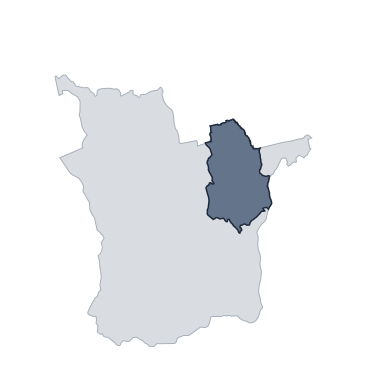 location of Bandundu within Democratic Republic of the Congo, rotated 167°
{"feature_id": "COD-1871", "entity_name": "Bandundu", "entity_type": "Province", "adm_level": 1, "iso_a3": "COD", "parent_name": "Democratic Republic of the Congo", "parent_adm1": "", "projection": "robinson", "projection_center": [18.46, -4.427], "detail": "fine", "context": "in_parent", "style": "filled", "palette": "slate", "viewbox_px": 384, "rotation_deg": 167, "n_neighbors": 0, "source": "natural_earth", "source_scale": "10m", "svg_char_len": 9439}
<svg xmlns="http://www.w3.org/2000/svg" viewBox="0 0 384 384"><g transform="rotate(167 192 192)"><path d="M313.2,255.1L288.2,259.6L288.7,261.2L288.5,262.9L287.8,264.2L285.3,267.7L281.5,270.9L281.5,271.7L283.3,275.3L284.5,280.2L284.1,288.9L284.6,291.2L284.5,293.0L283.2,295.1L280.6,305.5L282.2,310.5L287.1,315.3L290.0,318.8L294.8,320.0L295.6,319.8L295.9,316.9L299.8,315.8L299.6,334.4L299.3,335.4L298.6,335.7L297.7,335.1L297.4,333.3L296.4,332.5L291.6,334.8L290.4,334.8L289.1,334.4L288.2,333.4L287.9,332.0L284.6,326.6L283.0,326.2L281.2,321.3L273.8,317.8L270.9,317.5L269.4,316.4L268.0,312.6L265.5,310.1L265.0,307.4L264.5,307.0L263.0,307.5L261.6,311.9L259.9,312.9L256.9,313.0L249.2,311.7L243.8,309.5L242.3,309.6L240.2,307.6L239.3,304.3L239.8,301.7L239.4,301.4L231.0,303.5L229.0,304.8L227.1,304.5L226.5,303.8L227.4,302.0L227.0,300.1L226.4,299.2L223.9,298.5L223.1,296.4L221.6,296.1L221.1,296.4L220.7,297.8L219.8,298.3L214.9,297.6L209.6,299.4L202.7,299.0L199.4,301.1L198.9,301.1L198.2,300.0L197.6,296.5L197.9,295.5L198.9,294.8L199.3,293.4L199.0,289.7L199.3,288.9L198.9,286.8L197.9,283.4L196.4,280.7L193.3,276.6L192.7,274.7L192.9,270.1L194.0,262.8L193.9,257.4L192.6,253.9L192.3,250.1L193.2,243.3L192.4,241.7L176.5,241.1L175.9,240.6L175.6,239.7L176.3,235.6L166.6,236.6L163.7,237.4L162.0,239.1L161.4,241.1L161.3,244.1L159.8,246.9L159.4,251.7L156.8,252.2L154.1,252.2L148.9,251.2L143.9,252.5L141.5,253.8L140.2,253.2L135.7,253.7L135.1,253.3L130.0,243.9L127.7,240.8L127.2,239.3L127.4,237.8L126.8,235.8L124.4,231.0L123.9,228.8L124.0,225.2L123.8,224.1L121.6,221.0L120.2,220.0L118.6,219.5L92.7,219.9L84.2,219.3L77.9,219.7L74.8,219.5L73.9,219.0L71.0,219.7L69.5,220.9L67.3,221.6L65.9,221.3L63.2,217.8L66.9,217.2L67.1,216.9L67.4,208.5L66.4,207.3L68.3,205.9L71.5,202.2L74.6,200.9L75.0,200.1L75.6,200.2L76.8,201.7L79.4,203.7L82.7,202.0L83.1,201.5L83.5,197.9L84.3,197.6L85.7,198.3L86.5,198.3L87.9,197.3L92.1,195.5L93.4,197.8L92.2,199.9L92.7,201.4L92.9,203.6L93.5,204.2L96.9,204.4L97.8,203.9L104.4,195.6L106.1,194.7L108.9,191.4L112.6,189.9L114.2,187.3L116.3,182.7L117.2,176.1L116.9,164.6L117.2,163.0L121.6,157.8L126.2,148.4L129.3,146.0L131.6,145.0L135.2,141.5L138.0,138.1L137.6,133.9L138.3,130.5L139.8,126.1L140.3,121.4L139.8,116.5L140.0,112.5L142.1,106.2L142.3,98.8L144.2,92.7L148.0,84.9L149.7,79.1L149.4,73.3L149.9,69.1L149.7,66.6L149.0,64.5L149.4,63.1L150.8,62.6L152.6,60.4L155.8,54.8L159.2,52.0L161.6,51.2L164.1,51.2L165.7,51.7L168.4,54.0L171.4,55.7L173.7,57.9L175.9,61.3L181.3,62.1L183.6,63.3L185.0,63.8L185.5,63.5L186.6,63.6L189.1,64.7L191.2,64.1L201.1,66.4L202.2,65.2L205.0,59.4L207.1,57.3L210.4,57.1L213.1,58.3L214.5,58.3L226.7,53.2L228.3,53.0L232.7,54.2L235.6,53.4L236.8,53.6L239.3,52.7L241.3,49.2L243.0,48.3L260.5,52.1L263.2,50.3L264.4,50.1L268.3,51.4L269.5,53.6L271.9,55.5L273.6,58.5L276.2,60.3L277.5,61.9L279.0,63.1L282.2,63.5L286.3,60.7L289.1,61.0L292.0,62.5L293.0,62.4L295.1,60.8L296.3,59.0L297.4,58.7L299.1,59.4L300.5,61.1L301.7,63.4L306.1,68.7L310.3,70.9L311.4,74.2L312.9,73.9L313.7,74.2L314.8,76.2L315.6,76.6L315.7,77.5L314.7,79.4L313.7,83.1L315.0,85.4L313.9,88.7L313.4,92.1L314.8,92.9L316.5,92.9L318.2,94.6L319.4,94.9L320.8,96.8L320.5,98.4L316.3,103.9L310.1,110.7L307.9,111.5L306.8,112.8L306.1,114.8L304.2,116.4L302.8,117.1L302.7,122.0L300.6,127.1L299.8,128.2L298.7,136.4L298.9,137.9L297.7,144.6L297.9,150.9L294.8,152.9L292.7,156.0L291.8,158.2L291.8,163.3L288.4,166.4L288.1,167.1L289.0,170.7L290.2,171.3L290.2,172.5L293.0,176.4L292.8,188.4L293.0,189.5L294.4,192.4L295.4,197.8L294.3,204.7L298.1,217.3L296.3,221.9L297.1,226.3L299.3,231.0L304.7,235.6L306.1,237.4L307.4,240.0L308.7,243.9L313.2,255.1Z" fill="#d9dde1" stroke="#a8b0b8" stroke-width="1"/><path d="M116.9,175.2L116.7,173.8L116.7,173.6L117.1,172.3L117.4,170.0L116.9,166.3L116.9,165.6L116.8,165.4L116.7,165.2L116.7,164.9L116.9,164.0L116.8,163.4L116.9,163.1L117.1,162.8L117.4,162.3L118.1,161.6L118.9,160.8L119.5,160.3L120.7,159.0L121.2,158.6L121.4,158.1L121.8,158.7L122.3,159.3L122.6,160.1L122.8,160.2L123.0,160.3L126.3,160.3L126.5,160.2L126.4,158.6L126.2,158.3L125.4,157.9L125.3,157.7L125.3,157.4L125.4,157.1L125.8,157.1L127.8,157.4L128.4,157.4L128.9,157.3L130.3,156.1L134.9,153.0L135.6,152.7L137.0,152.2L138.2,151.4L138.7,151.3L139.9,151.0L140.4,150.7L141.6,149.7L142.3,148.9L142.8,148.2L143.3,147.2L143.5,147.0L143.9,147.0L146.1,147.4L146.2,147.5L147.1,148.4L147.3,148.6L147.8,148.9L148.4,149.0L149.2,149.0L149.9,148.7L150.6,148.5L151.7,148.6L152.3,148.5L152.5,148.2L152.8,147.7L153.1,147.4L153.2,147.2L153.0,146.6L152.4,145.9L152.1,145.3L152.1,145.0L152.1,144.3L152.1,143.9L152.3,143.6L152.4,143.4L153.3,143.0L154.0,142.4L154.2,142.1L154.5,141.3L154.6,141.1L154.9,141.2L155.2,141.5L155.5,142.0L155.7,142.8L155.7,143.5L155.9,144.7L156.0,144.9L156.9,146.3L157.2,147.0L157.7,147.9L158.8,149.2L159.2,149.9L159.8,151.6L160.5,152.7L161.3,154.1L161.4,154.5L161.7,156.0L161.8,156.8L161.9,157.0L162.2,157.1L162.9,157.2L163.0,157.1L163.3,156.9L164.0,155.7L164.3,155.4L164.4,155.2L164.7,155.2L165.0,155.3L165.6,155.8L165.9,156.1L166.0,156.3L166.2,157.0L166.9,158.8L167.1,159.2L167.3,159.3L168.4,159.5L169.7,159.4L170.9,159.5L171.3,159.8L171.8,160.2L172.0,160.7L172.2,160.8L172.9,161.0L173.8,161.5L174.1,161.6L174.4,161.6L174.6,161.5L175.6,160.9L176.1,160.8L176.9,160.9L177.1,160.9L177.3,160.6L177.5,160.5L181.7,166.0L181.9,166.6L182.0,167.8L181.5,168.9L181.4,169.1L181.3,169.7L181.3,170.3L181.2,170.8L180.9,171.4L180.2,172.2L179.7,173.0L177.3,179.9L177.2,180.6L177.0,183.4L177.3,187.0L177.3,188.9L177.4,189.7L177.5,192.4L177.4,192.9L177.3,193.2L177.1,193.3L176.8,193.7L176.5,194.1L175.9,194.4L175.3,194.7L174.6,194.8L174.4,194.9L174.3,195.2L174.2,195.2L173.7,195.2L173.4,195.4L173.3,195.7L173.2,196.0L173.2,196.5L173.0,196.9L172.9,196.9L172.6,196.8L172.1,196.9L171.7,196.7L171.4,196.0L171.1,195.8L170.9,196.0L170.6,195.7L170.2,195.2L169.8,195.1L169.0,195.1L168.9,195.3L168.8,195.6L168.9,196.3L169.2,196.7L169.5,197.5L169.6,198.1L169.9,198.4L170.0,198.5L169.8,199.1L169.4,199.4L169.2,200.0L169.2,201.1L169.1,201.5L169.1,202.1L169.1,202.6L169.2,202.8L169.5,203.3L169.6,203.8L169.7,204.1L169.9,205.3L170.3,206.0L170.3,206.6L170.3,206.8L170.6,207.3L170.9,208.6L171.0,210.3L170.9,210.5L170.7,210.6L170.6,211.1L170.4,211.5L170.4,211.8L170.4,214.7L170.7,215.6L170.8,216.2L170.7,216.6L170.6,216.9L170.6,217.4L170.5,217.7L170.4,218.0L170.0,218.4L169.8,219.1L169.5,219.3L169.1,219.5L168.8,220.1L168.7,220.6L168.3,221.0L167.8,221.4L167.5,221.3L167.3,221.4L167.1,221.7L166.8,221.6L166.6,221.9L166.2,222.0L165.8,222.6L165.5,222.7L165.3,222.9L164.8,223.2L164.5,223.7L164.3,223.9L164.2,224.4L164.7,230.0L164.9,230.6L165.7,232.0L167.2,234.1L167.4,234.5L167.7,235.4L167.8,236.9L161.9,236.9L162.2,237.7L162.1,237.9L161.5,238.7L161.4,239.2L161.3,241.7L161.4,242.7L161.8,243.7L161.8,244.2L161.3,244.6L161.2,244.8L161.0,245.4L160.8,245.7L160.6,245.7L159.6,245.6L159.6,246.0L160.0,247.3L160.0,247.6L159.9,248.0L159.3,250.1L159.3,250.6L159.3,251.0L159.6,252.2L151.8,252.2L151.5,251.6L151.4,251.2L148.3,251.1L148.2,251.3L148.1,251.6L148.2,252.1L147.0,252.1L146.8,252.2L146.3,252.4L146.1,252.4L145.6,252.2L144.0,252.1L143.7,252.2L143.0,252.5L142.7,252.7L142.6,253.0L142.6,253.5L142.7,253.8L141.5,253.9L141.1,253.8L140.4,253.1L140.0,252.9L139.6,252.8L139.4,252.9L138.5,253.4L138.4,253.4L137.9,253.2L137.5,253.2L136.3,253.7L136.0,253.7L135.2,253.5L135.0,253.1L135.2,252.7L135.1,252.4L134.6,252.0L134.4,251.3L134.2,251.6L134.1,251.4L134.2,251.2L133.9,251.1L133.7,250.9L134.0,250.4L133.8,250.2L133.6,250.3L133.5,249.8L133.1,249.7L133.3,249.6L133.0,249.5L132.9,249.3L132.9,249.0L132.8,248.9L132.5,248.9L132.4,248.6L132.1,248.4L132.1,248.2L132.2,247.9L132.0,247.7L131.8,247.6L131.7,247.0L131.7,246.7L131.7,246.4L131.5,246.2L130.8,245.8L130.6,245.5L130.4,244.8L130.2,244.4L129.9,244.1L129.8,243.9L130.2,243.6L130.3,243.5L130.2,243.4L129.8,243.3L129.6,243.1L129.5,243.4L129.3,243.2L129.2,243.0L129.2,242.5L129.1,242.2L128.6,241.9L128.2,241.5L127.8,241.4L127.8,241.2L127.7,240.8L127.5,240.4L127.2,240.1L127.2,239.2L126.9,238.2L126.9,237.8L127.3,237.9L127.4,237.6L127.5,237.1L127.3,236.6L127.2,236.5L126.9,236.4L126.9,236.2L127.0,236.0L126.9,235.1L126.7,234.8L126.4,234.5L125.9,234.4L125.6,234.2L125.5,233.6L124.7,232.4L124.6,232.1L124.5,231.3L124.2,230.3L124.3,230.0L124.4,229.7L124.1,229.1L124.1,228.9L124.2,228.7L123.9,228.7L124.1,228.1L124.1,227.9L123.9,227.9L123.7,227.6L123.7,227.0L123.8,226.9L124.1,226.8L124.1,226.6L124.0,226.2L124.0,225.1L124.2,224.4L123.8,223.9L123.7,223.7L123.3,223.4L123.0,223.1L122.9,222.9L122.6,222.9L122.9,222.5L122.8,222.4L122.5,222.5L122.5,222.3L122.4,221.2L122.2,220.9L122.4,220.4L121.8,220.0L121.1,219.7L120.5,219.8L119.9,220.0L119.7,219.9L119.0,219.4L118.6,219.3L115.7,219.4L115.9,219.0L116.8,218.2L117.3,217.0L117.4,216.6L117.4,216.1L117.4,214.1L117.3,212.9L117.4,212.1L117.8,210.2L117.8,209.6L117.7,207.8L117.8,207.3L118.1,206.2L118.0,204.5L117.9,203.6L117.8,203.1L118.0,202.7L118.6,201.8L120.1,198.9L120.3,198.8L120.4,198.7L120.9,198.7L121.0,198.4L121.2,198.2L121.3,197.5L121.5,197.2L121.6,196.7L121.7,196.3L121.5,195.9L121.6,195.4L121.6,195.2L121.4,194.7L120.7,194.2L119.8,192.6L119.6,192.4L117.9,191.4L117.0,190.8L116.3,190.6L115.3,190.6L114.2,190.7L113.7,190.6L112.8,190.0L113.1,189.7L113.4,188.8L114.0,187.6L114.2,186.9L114.4,186.7L114.5,186.4L115.0,185.1L115.9,183.9L116.2,183.3L116.5,182.5L117.1,181.1L117.3,180.7L117.4,180.0L117.3,179.9L117.0,179.6L116.9,179.3L117.0,178.2L116.8,177.7L116.9,176.9L116.8,176.0L116.9,175.2Z" fill="#64748b" stroke="#1e293b" stroke-width="1.5"/></g></svg>